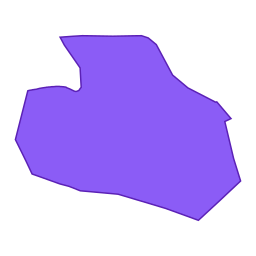 Grande Riviere/En Leur Morne/Discompere, Dennery, Saint Lucia
{"feature_id": "8701671B4251285469436", "entity_name": "Grande Riviere/En Leur Morne/Discompere", "entity_type": "district", "adm_level": 2, "iso_a3": "LCA", "parent_name": "Saint Lucia", "parent_adm1": "Dennery", "projection": "orthographic", "projection_center": [-60.935, 13.932], "detail": "fine", "context": "isolated", "style": "filled", "palette": "violet", "viewbox_px": 256, "rotation_deg": 0, "n_neighbors": 0, "source": "geoboundaries", "source_scale": "gbopen_adm2", "svg_char_len": 1044}
<svg xmlns="http://www.w3.org/2000/svg" viewBox="0 0 256 256"><path d="M198.4,220.3L220.5,199.9L224.2,196.4L240.6,181.0L233.6,158.5L224.8,121.5L231.0,118.6L216.8,101.9L215.4,102.1L187.9,87.9L172.6,75.1L156.3,44.6L148.2,37.9L141.5,35.7L134.1,35.8L112.8,36.2L89.7,35.8L82.3,35.7L72.4,36.3L60.1,37.2L64.4,45.2L80.1,67.9L81.2,87.3L79.7,89.2L79.2,90.1L78.3,90.7L77.3,91.1L76.4,91.4L75.3,91.4L74.2,91.1L73.2,90.6L72.5,90.3L71.6,89.8L70.7,89.4L69.7,88.9L68.7,88.5L67.7,88.1L66.7,87.7L65.9,87.1L64.8,87.0L63.8,86.8L62.4,86.7L61.5,86.6L60.7,86.6L59.2,86.4L58.4,86.4L57.5,86.4L56.2,86.4L55.3,86.5L54.4,86.6L53.1,86.7L51.7,86.7L50.5,86.9L49.5,87.0L48.7,87.0L47.5,87.2L46.7,87.2L45.4,87.5L44.3,87.6L43.1,87.8L41.8,88.0L40.7,88.2L39.9,88.3L38.7,88.6L37.6,88.9L36.9,89.1L36.1,89.3L34.9,89.4L33.8,89.6L32.8,89.7L31.6,90.0L30.3,90.2L29.1,90.4L27.8,90.8L15.4,139.6L21.7,152.3L26.3,161.7L32.1,174.0L38.9,176.4L59.8,183.9L68.9,186.3L80.3,190.8L91.7,191.8L118.1,194.2L165.9,208.5L167.2,209.0L198.4,220.3Z" fill="#8b5cf6" stroke="#5b21b6" stroke-width="1.5"/></svg>